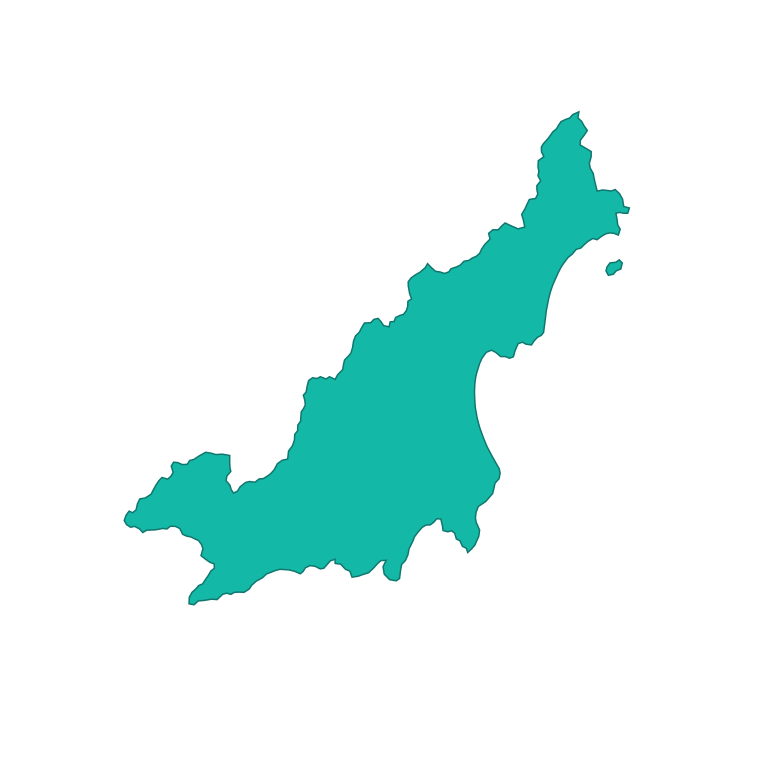 outline of Caraguatatuba, São Paulo, Brazil, rotated 340°
{"feature_id": "56859067B58336972049996", "entity_name": "Caraguatatuba", "entity_type": "district", "adm_level": 2, "iso_a3": "BRA", "parent_name": "Brazil", "parent_adm1": "São Paulo", "projection": "albers", "projection_center": [-45.479, -23.62], "detail": "fine", "context": "isolated", "style": "filled", "palette": "teal", "viewbox_px": 768, "rotation_deg": 340, "n_neighbors": 0, "source": "geoboundaries", "source_scale": "gbopen_adm2", "svg_char_len": 4836}
<svg xmlns="http://www.w3.org/2000/svg" viewBox="0 0 768 768"><g transform="rotate(340 384 384)"><path d="M660.2,194.9L653.5,195.4L649.4,197.6L645.2,197.5L640.1,198.0L636.8,200.3L633.6,203.1L628.9,204.8L622.4,209.3L615.8,212.8L612.9,215.2L611.4,219.8L611.9,225.1L605.4,226.9L602.9,232.8L602.3,237.1L599.9,241.0L600.7,246.7L595.5,249.9L594.1,253.8L593.5,258.1L589.9,261.5L583.7,260.3L579.2,264.7L576.4,267.6L571.4,271.7L571.0,277.7L570.0,284.6L563.1,284.1L557.6,278.9L552.9,274.1L548.4,275.9L544.0,278.2L539.2,276.3L533.8,278.2L533.2,284.1L526.5,287.3L522.1,290.4L518.5,294.0L514.2,295.6L509.8,295.8L506.2,296.9L501.2,296.0L496.3,298.4L492.2,298.8L486.4,298.6L483.3,300.8L478.7,300.8L474.7,297.7L471.0,295.8L468.0,290.2L466.1,285.8L462.7,288.7L456.3,291.2L450.3,292.3L445.8,293.6L441.7,296.2L440.3,300.3L439.0,307.8L439.0,313.5L434.8,314.4L432.8,319.2L430.2,322.6L426.2,325.2L422.3,325.0L417.7,325.5L414.9,328.7L411.1,327.7L408.3,332.0L403.6,329.0L402.4,324.0L400.8,320.3L396.6,319.8L392.5,321.9L386.5,320.0L381.5,324.1L378.7,326.8L373.7,329.1L370.2,333.0L366.8,339.2L363.4,343.7L359.9,345.7L355.1,348.0L352.7,351.7L350.1,356.3L343.5,359.5L339.7,363.0L335.2,358.5L331.3,359.5L326.7,355.4L323.1,356.0L318.9,353.7L314.3,355.0L311.5,359.1L308.0,365.0L304.4,366.9L304.0,372.3L302.9,376.7L300.1,379.5L296.7,381.9L292.9,390.4L289.1,393.0L286.8,398.4L282.9,400.8L280.7,406.0L276.8,410.8L271.4,414.3L267.8,421.6L262.3,420.8L256.5,422.5L251.4,427.1L246.4,429.7L242.7,430.7L238.3,431.6L234.1,430.5L229.3,432.2L224.2,429.6L220.2,429.2L213.6,431.4L209.8,434.5L205.3,435.1L204.3,431.0L204.6,426.4L202.5,420.6L205.1,416.6L210.1,413.8L210.7,409.7L212.2,404.8L214.6,398.4L208.0,394.6L201.8,392.8L198.1,390.0L193.1,387.2L185.9,388.3L179.4,389.9L175.3,389.4L171.6,392.2L166.9,390.7L163.3,387.3L159.5,385.5L156.0,388.4L155.6,395.0L152.2,397.8L148.2,399.4L143.4,395.9L139.0,398.1L134.9,401.2L131.0,404.6L127.6,407.8L120.5,409.5L115.3,408.4L111.3,412.3L108.1,417.4L103.8,419.0L101.0,416.3L96.8,419.1L93.2,423.4L94.0,428.1L97.0,432.0L100.8,432.4L104.6,436.4L106.6,441.1L111.1,440.2L118.4,442.6L122.3,443.4L126.8,444.1L130.4,446.0L134.8,444.5L139.6,446.7L142.7,450.0L143.4,456.4L146.6,459.5L150.3,461.7L153.3,464.9L156.1,467.5L157.6,472.5L157.5,476.9L153.3,482.7L156.3,487.5L159.4,492.0L162.9,495.0L161.5,499.2L157.5,500.4L153.3,503.9L149.3,506.7L145.2,509.8L141.0,510.0L136.5,512.5L132.5,514.0L128.1,517.8L125.6,523.9L130.1,526.5L135.1,524.3L141.2,525.9L148.3,527.2L153.4,529.5L160.3,526.5L164.5,526.7L168.1,529.3L172.3,528.6L177.2,530.2L181.2,531.9L187.1,530.6L190.9,527.8L196.5,525.6L203.6,524.5L208.6,522.3L213.0,522.3L217.3,522.1L222.7,522.5L230.8,526.0L235.8,529.3L240.4,533.7L243.9,532.5L247.3,529.8L252.4,529.4L257.0,531.8L260.8,535.9L264.4,536.6L273.1,531.8L278.1,532.0L276.7,535.9L281.7,538.5L284.4,544.9L287.9,548.2L287.9,554.6L294.1,555.8L298.7,555.8L305.0,556.1L311.4,553.3L316.0,550.8L320.6,548.9L325.7,550.4L320.6,555.4L319.2,562.8L322.4,569.8L328.1,573.1L332.1,572.1L334.7,566.9L336.6,563.4L339.0,559.5L343.6,557.3L348.0,552.8L351.2,547.4L354.7,544.1L357.6,541.3L360.3,538.1L365.0,535.0L370.8,531.8L375.1,530.9L379.2,532.2L383.5,530.9L387.5,528.7L391.2,530.3L390.5,536.7L389.4,541.9L393.4,544.7L397.3,545.0L399.4,548.5L399.0,554.4L401.7,557.2L402.2,563.4L405.2,566.5L405.0,571.0L410.1,568.8L414.1,566.6L421.0,559.5L423.9,553.9L423.6,549.6L423.3,545.2L424.2,540.8L426.6,536.1L430.8,531.3L439.4,529.2L444.1,526.6L448.6,524.1L451.6,519.6L454.4,515.2L459.8,512.3L462.6,507.5L463.3,503.2L462.1,496.1L461.0,489.6L460.2,483.8L459.4,478.2L459.2,473.4L459.0,468.2L459.0,462.8L459.0,458.7L459.4,453.2L460.0,447.2L460.8,442.8L461.6,438.1L463.0,432.8L464.5,427.9L466.4,422.2L468.6,416.8L470.6,412.5L472.5,409.0L474.7,405.6L477.7,401.6L481.0,397.3L485.1,393.1L491.0,389.2L496.6,389.0L499.8,392.5L503.0,398.1L507.7,399.9L510.7,402.7L514.9,402.7L518.1,398.1L520.8,395.1L524.0,391.9L528.4,392.1L531.0,395.1L535.9,397.7L539.9,394.8L544.2,392.6L548.4,392.1L551.6,390.1L554.6,384.3L557.2,379.3L559.2,375.4L561.2,371.3L565.0,365.0L568.5,359.2L572.7,353.3L576.5,348.6L581.1,343.8L585.5,339.3L588.8,336.2L591.8,333.6L596.0,330.8L600.1,328.1L605.4,326.3L610.7,323.2L615.3,323.6L619.4,321.7L624.6,319.7L630.0,318.7L633.6,321.3L638.9,319.6L643.8,318.7L648.1,319.3L651.7,321.1L655.1,324.2L658.9,319.3L658.0,314.4L659.3,309.0L660.3,302.9L664.0,303.3L667.6,305.5L671.4,306.9L674.8,302.5L670.0,299.2L671.4,291.9L670.4,285.7L667.7,280.3L663.6,280.4L659.8,278.4L655.7,276.4L650.3,275.7L650.7,271.4L651.6,263.6L652.6,257.6L651.6,251.7L652.5,246.7L656.4,241.3L658.2,236.4L654.8,232.2L650.1,226.5L651.9,222.1L657.0,218.8L661.8,215.3L660.2,209.4L659.6,204.8L657.2,200.3L660.2,194.9ZM637.8,347.5L633.6,350.3L631.3,353.6L632.0,358.6L637.0,359.3L640.9,357.1L645.9,356.9L649.3,351.7L647.5,347.8L643.5,348.9L637.8,347.5Z" fill="#14b8a6" stroke="#0f766e" stroke-width="1.5"/></g></svg>